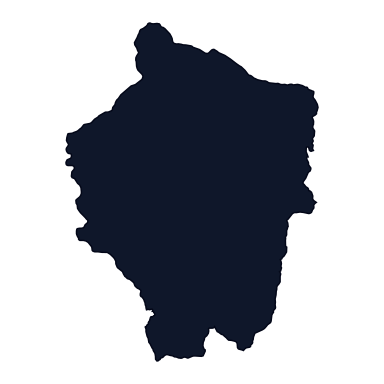 Argelia, Cauca, Colombia
{"feature_id": "7082276B47350774570245", "entity_name": "Argelia", "entity_type": "district", "adm_level": 2, "iso_a3": "COL", "parent_name": "Colombia", "parent_adm1": "Cauca", "projection": "albers", "projection_center": [-77.261, 2.327], "detail": "fine", "context": "isolated", "style": "filled", "palette": "ink", "viewbox_px": 384, "rotation_deg": 0, "n_neighbors": 0, "source": "geoboundaries", "source_scale": "gbopen_adm2", "svg_char_len": 5925}
<svg xmlns="http://www.w3.org/2000/svg" viewBox="0 0 384 384"><path d="M153.2,23.9L151.6,23.7L149.9,23.0L148.6,23.3L147.8,23.9L147.5,24.8L146.3,26.2L143.3,28.4L140.7,29.6L139.8,30.9L139.1,33.4L138.3,34.7L137.2,37.5L134.5,42.6L134.8,44.8L136.8,48.0L137.7,50.7L138.7,52.3L138.2,53.6L136.6,56.1L135.9,57.8L135.8,60.1L136.3,61.7L136.6,66.3L137.2,68.5L138.1,70.3L141.9,74.1L142.9,75.8L142.9,77.0L142.0,79.4L135.4,84.6L131.1,86.0L120.9,94.8L118.4,98.5L116.9,99.9L116.1,101.2L115.4,102.8L115.0,104.6L112.8,107.4L112.3,109.9L111.7,110.6L108.8,111.9L107.9,112.1L105.3,112.2L104.6,112.6L99.0,115.8L97.8,117.2L94.6,119.2L91.6,122.5L90.7,123.1L89.8,123.5L84.5,124.5L83.7,124.9L81.4,127.9L80.0,128.9L78.0,130.7L76.4,131.6L74.0,132.4L72.4,133.2L68.1,133.7L67.7,134.5L66.9,137.4L66.5,140.3L67.1,141.9L68.5,144.1L68.4,145.1L67.9,146.0L66.5,148.1L66.2,149.2L66.3,149.9L66.5,150.9L67.4,152.5L68.0,153.1L68.8,153.5L70.5,153.7L71.2,154.2L71.5,155.9L71.2,157.4L70.6,158.3L67.2,159.8L66.3,161.5L66.0,162.5L66.1,164.0L66.5,164.8L67.2,165.3L68.0,165.5L72.3,165.5L73.9,166.3L74.2,166.9L74.3,167.6L74.2,169.3L73.0,170.5L71.9,171.9L71.4,176.2L72.1,177.6L74.6,178.6L77.6,183.3L79.8,185.2L81.0,187.7L81.4,191.7L81.4,193.4L80.7,195.4L79.7,196.9L76.2,199.8L75.9,200.6L76.2,203.3L77.2,204.8L77.6,208.5L79.1,210.8L80.5,212.7L85.4,217.7L86.4,219.0L87.9,220.3L87.8,222.1L87.3,222.9L85.2,224.7L84.1,227.0L83.5,227.7L81.9,228.2L79.2,228.3L77.3,228.7L76.8,229.3L76.5,231.0L76.5,233.6L76.7,234.5L77.7,236.9L78.3,237.5L78.6,238.3L78.6,239.2L79.2,240.0L79.9,240.4L83.5,240.4L86.0,241.0L88.2,242.4L91.6,246.7L91.9,247.7L92.2,250.3L92.7,251.0L94.3,251.7L95.5,251.8L98.1,251.8L102.0,252.3L107.3,252.4L110.3,254.3L113.6,257.5L114.7,259.0L115.8,261.3L115.9,263.9L117.2,267.1L117.7,267.8L122.5,271.6L123.5,274.0L124.9,276.4L125.8,277.0L127.4,278.6L129.9,279.4L132.6,281.6L133.9,282.9L134.9,285.7L135.4,286.4L137.3,288.1L139.2,289.0L140.5,290.0L140.8,290.6L140.9,291.5L140.3,294.0L140.4,295.6L141.0,296.5L142.0,297.0L143.5,299.0L144.3,300.8L144.5,301.7L145.0,302.4L145.3,304.9L146.0,306.6L146.0,307.8L146.5,309.8L146.8,309.9L147.4,309.2L149.7,309.7L151.2,309.2L152.2,309.2L152.7,310.1L152.3,311.3L153.4,311.3L153.8,312.7L154.4,313.1L154.7,313.9L154.8,314.8L154.6,315.4L153.8,315.7L152.5,316.8L151.1,316.7L150.5,317.4L149.4,321.1L148.8,321.7L148.3,322.8L148.4,324.1L147.3,324.7L146.6,325.8L146.3,326.8L145.4,326.7L145.3,327.3L146.0,329.0L146.0,331.7L147.2,336.4L148.2,338.3L148.9,342.4L150.0,343.7L152.2,348.1L153.0,349.1L153.3,350.6L154.8,353.0L155.1,353.9L155.5,356.3L155.6,359.3L157.0,361.0L158.3,360.7L159.0,360.0L160.1,359.4L160.4,358.3L162.6,357.4L163.4,356.8L164.2,355.8L165.7,354.8L166.8,354.6L167.8,354.7L170.2,355.4L172.1,355.7L173.3,356.1L174.3,356.8L176.4,357.0L178.5,357.9L181.1,358.2L182.1,358.0L183.4,357.3L185.0,357.0L187.5,358.0L188.1,358.0L192.9,356.0L194.9,355.9L201.5,356.3L203.1,355.8L205.2,351.1L205.1,349.8L204.3,349.3L203.8,348.6L202.9,346.0L203.2,342.4L204.3,339.7L204.5,338.1L205.1,337.1L206.8,335.7L208.3,333.3L208.7,331.3L208.6,328.5L209.3,328.1L212.4,328.1L213.7,327.8L214.6,326.6L217.2,331.6L218.7,332.3L221.2,334.2L223.4,335.0L224.0,335.8L226.5,337.9L227.2,338.8L228.6,340.1L231.6,340.4L234.8,341.2L236.2,341.8L237.2,343.5L237.5,347.5L238.1,348.6L238.8,349.1L242.3,350.0L243.4,350.5L245.1,348.6L246.3,347.8L249.5,347.2L250.5,346.6L250.6,345.4L250.9,344.9L252.1,343.7L252.6,342.8L252.5,340.7L253.1,339.8L253.5,336.9L254.9,333.2L262.4,329.8L264.4,328.5L266.2,326.5L267.6,324.7L270.5,322.6L271.1,321.1L271.8,315.1L272.5,313.6L273.3,312.6L273.5,312.2L273.3,311.0L274.1,309.7L275.2,308.6L275.4,308.0L275.5,307.3L275.1,304.8L275.4,302.2L275.1,299.0L276.0,294.9L276.2,291.3L276.7,289.6L276.8,286.8L277.5,285.5L278.7,284.2L280.1,281.9L280.1,276.5L280.7,274.0L280.3,272.9L279.5,271.8L280.6,271.0L281.5,267.9L280.9,266.3L281.4,263.7L281.1,261.8L280.3,259.5L281.7,258.9L282.6,257.0L283.3,256.8L284.2,255.8L286.5,252.0L286.7,247.1L285.7,246.5L285.5,245.0L285.4,240.2L285.6,238.5L285.4,237.3L286.6,234.9L286.6,230.6L287.3,228.8L287.6,227.2L288.1,226.6L287.8,223.5L287.5,222.2L286.7,221.1L286.7,220.5L288.3,218.9L292.2,213.9L293.2,213.1L294.7,212.5L296.1,212.6L300.0,212.0L300.9,212.1L303.4,212.4L308.6,213.5L309.2,213.5L310.6,213.0L311.5,212.3L312.5,209.8L313.7,208.3L313.9,207.1L313.7,205.6L313.9,204.7L315.1,203.3L316.3,202.4L313.9,200.7L313.2,199.9L312.7,199.1L312.6,198.1L312.8,196.0L311.5,192.3L310.2,191.1L308.7,190.5L308.4,189.0L307.8,188.0L305.8,186.7L304.2,184.6L303.1,183.6L302.9,182.9L303.5,181.3L305.7,178.2L308.1,172.7L308.9,171.8L310.2,170.9L310.8,169.0L310.8,168.0L308.6,164.9L308.4,162.4L306.8,159.3L306.7,157.7L307.0,157.0L308.1,156.9L306.1,151.6L306.2,148.7L306.4,147.3L307.5,146.9L308.6,147.3L309.4,150.2L309.7,150.6L311.0,151.3L313.4,150.5L312.7,149.1L312.5,148.5L313.1,145.5L312.9,144.7L311.9,143.6L313.2,141.0L312.5,139.1L312.6,138.1L314.2,135.9L314.6,131.0L313.7,129.4L312.8,128.2L312.8,125.6L313.4,124.7L313.6,121.7L313.4,120.4L312.2,117.4L312.6,116.5L315.0,115.2L316.5,113.8L316.5,111.8L317.0,111.1L318.0,107.4L317.3,104.3L315.1,100.1L313.3,97.8L313.0,96.1L313.7,93.7L313.8,91.9L313.6,91.6L313.1,91.2L311.6,90.8L310.9,90.3L309.7,90.0L308.2,89.2L307.3,87.5L306.7,87.2L305.6,87.3L302.4,85.6L298.7,84.6L297.4,84.4L293.7,84.9L292.7,84.8L292.0,84.3L290.1,84.3L287.3,85.1L284.8,84.4L282.6,84.6L280.7,84.5L278.0,83.4L276.0,83.6L269.4,82.9L268.6,82.7L267.0,81.6L265.5,81.0L262.2,80.9L257.4,79.7L255.4,78.7L254.1,78.2L251.4,76.0L250.4,75.5L248.9,75.2L248.3,74.7L244.9,70.3L241.2,66.8L239.3,65.8L235.7,63.2L230.4,59.1L224.8,55.4L218.2,52.5L217.7,51.7L214.0,49.4L213.1,49.4L211.7,50.0L208.9,52.8L208.0,53.4L206.0,53.4L205.0,53.1L199.6,49.6L193.0,47.3L192.0,46.3L191.0,45.9L185.8,45.0L183.2,44.9L181.2,44.3L178.6,43.9L176.1,44.0L174.2,43.4L173.4,42.9L172.6,41.5L172.1,38.5L171.3,36.6L169.8,33.9L164.9,28.7L163.2,27.5L162.3,27.3L161.1,26.8L159.9,24.6L159.3,23.9L157.0,23.5L153.2,23.9Z" fill="#0f172a" stroke="#020617" stroke-width="1.5"/></svg>